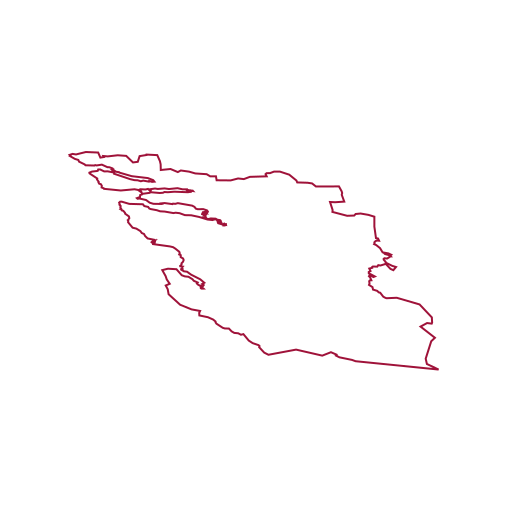 outline of Surnadal nor, Møre og Romsdal, Norway, rotated 17°
{"feature_id": "86288312B76061639437413", "entity_name": "Surnadal nor", "entity_type": "district", "adm_level": 2, "iso_a3": "NOR", "parent_name": "Norway", "parent_adm1": "Møre og Romsdal", "projection": "equal_earth", "projection_center": [8.642, 62.923], "detail": "fine", "context": "isolated", "style": "outline", "palette": "rose", "viewbox_px": 512, "rotation_deg": 17, "n_neighbors": 0, "source": "geoboundaries", "source_scale": "gbopen_adm2", "svg_char_len": 6097}
<svg xmlns="http://www.w3.org/2000/svg" viewBox="0 0 512 512"><g transform="rotate(17 256 256)"><path d="M48.2,213.8L49.2,214.4L48.9,214.8L54.4,216.1L58.0,216.1L59.2,217.5L65.4,218.5L66.4,219.1L75.1,216.7L75.6,216.1L77.1,216.0L81.9,213.7L88.0,214.5L89.8,214.0L93.7,214.2L93.2,214.4L93.8,214.6L93.2,215.3L94.1,215.5L93.6,215.7L93.9,215.8L93.7,216.2L94.6,216.8L101.1,215.8L100.3,216.2L113.8,216.0L129.8,213.1L135.5,213.5L137.1,214.6L134.9,215.5L131.8,215.5L131.8,216.2L126.1,216.9L124.0,218.2L120.7,218.2L117.6,219.0L113.2,219.3L95.4,218.8L96.2,218.6L95.9,217.7L89.4,218.4L86.1,219.5L81.6,218.8L79.8,219.4L79.8,220.7L79.1,221.2L74.5,223.2L72.3,225.0L72.6,225.6L73.7,226.0L81.5,228.3L81.5,229.2L83.9,231.1L83.8,231.6L84.9,232.7L86.7,232.7L88.0,233.9L88.3,235.6L90.7,235.8L91.0,236.2L107.5,232.9L120.3,227.7L123.8,227.3L127.4,228.5L127.6,228.2L127.1,227.7L124.8,227.0L125.8,226.0L130.9,224.7L133.1,223.4L135.9,224.8L136.2,224.2L134.8,223.3L139.7,221.0L142.5,220.6L148.8,218.1L153.2,217.4L161.1,214.1L166.4,213.7L170.2,212.5L170.2,212.9L171.3,212.8L170.9,213.2L171.3,213.6L171.7,213.2L172.9,213.3L172.0,214.0L172.9,213.5L173.0,213.2L176.3,212.0L176.8,212.3L175.1,212.6L172.9,213.7L174.2,213.9L174.5,213.0L174.9,213.6L172.3,214.9L159.1,218.4L153.0,220.8L149.7,221.6L148.6,222.7L145.5,223.9L136.6,225.8L135.8,226.7L130.0,229.4L128.6,229.4L128.9,230.5L127.4,231.6L127.8,233.5L125.2,235.5L126.0,235.9L127.7,235.1L134.5,234.6L138.7,236.1L142.6,236.1L150.6,233.8L150.9,233.6L150.2,233.3L153.1,232.1L161.0,230.8L161.3,230.2L163.6,229.7L165.8,228.3L180.2,226.5L182.8,227.0L184.6,228.3L186.5,228.3L191.9,226.6L195.8,226.7L197.0,227.6L196.9,228.2L194.9,228.4L192.4,229.7L192.4,230.3L193.1,229.4L195.7,228.9L196.0,229.2L195.4,229.3L195.4,229.8L195.5,229.6L195.9,229.8L195.4,229.9L195.7,230.4L194.9,230.5L194.7,231.0L195.9,231.2L195.9,230.5L195.9,231.2L196.4,231.2L193.6,231.7L193.5,231.2L192.8,230.7L193.4,231.7L192.5,231.7L192.3,230.7L192.1,232.2L192.3,231.8L195.4,231.5L195.5,232.3L193.3,232.4L195.6,232.3L197.1,234.1L195.9,234.3L196.9,234.7L199.6,234.6L201.8,233.3L202.4,233.6L201.1,234.4L202.3,234.2L203.2,233.5L201.9,233.3L206.5,232.1L208.5,232.6L211.1,232.2L212.2,232.9L212.5,233.9L213.1,234.1L213.8,234.5L212.6,234.0L212.9,234.4L212.5,234.1L212.0,234.6L212.3,234.1L211.9,234.0L211.5,232.6L209.8,232.9L210.1,233.7L209.5,233.5L209.3,233.9L211.0,234.9L215.6,235.4L216.6,234.7L215.7,234.3L215.4,233.9L216.8,234.7L217.9,234.3L218.1,234.8L217.0,235.0L217.5,235.3L216.2,235.6L216.6,236.1L215.9,236.3L215.8,235.7L210.3,235.7L209.7,235.3L211.7,235.6L209.8,235.2L208.6,233.3L206.6,232.6L204.0,234.2L204.5,234.2L199.0,235.3L190.1,235.3L182.1,236.0L176.1,237.7L170.4,237.4L166.5,238.1L164.5,239.1L155.7,240.2L151.2,241.3L147.7,241.2L141.6,241.9L140.1,241.8L138.5,240.6L134.6,240.9L132.7,239.6L119.6,243.2L111.7,243.3L110.2,243.8L109.5,245.0L110.8,246.7L110.6,247.0L112.0,247.8L112.0,249.1L113.1,250.1L112.7,250.3L112.6,250.6L113.4,250.5L114.2,251.6L115.9,251.6L118.1,253.0L118.5,253.8L122.9,255.3L123.8,256.9L123.6,257.7L124.1,258.0L123.6,257.8L123.1,258.6L122.7,258.5L123.2,258.8L122.9,259.2L123.6,259.9L123.8,261.1L129.7,265.0L133.6,264.8L138.2,266.0L140.0,267.4L142.5,267.7L144.1,269.3L147.2,270.9L153.5,270.3L153.5,270.8L154.4,270.6L153.8,271.2L154.8,271.5L155.1,271.1L155.2,272.5L152.4,272.8L152.1,273.3L154.0,274.2L154.1,274.7L170.9,272.0L174.1,271.8L176.6,272.5L181.4,274.4L182.3,275.7L182.1,277.0L183.8,277.2L184.3,279.1L187.0,279.7L188.0,281.0L187.9,282.8L186.9,284.8L187.3,285.8L186.7,287.4L185.8,288.1L188.9,287.6L188.6,288.2L189.5,289.7L188.3,290.3L188.4,290.9L191.5,291.7L194.7,291.2L199.3,292.8L209.5,294.6L214.4,296.7L212.8,298.4L214.5,299.1L213.8,301.0L214.4,301.2L213.6,301.0L212.7,302.4L213.5,303.0L215.1,302.4L215.3,302.5L213.5,303.1L212.6,302.9L212.2,301.8L212.9,301.1L213.0,300.5L212.7,301.0L212.3,300.4L211.2,300.6L211.8,300.9L209.1,300.4L207.5,299.6L208.0,298.4L203.7,297.9L202.1,296.8L197.5,295.6L193.9,296.3L190.6,296.1L183.8,291.9L175.5,293.9L170.5,296.9L175.5,301.7L177.5,304.5L181.6,307.8L178.3,310.6L181.3,313.6L183.6,318.1L197.7,324.8L210.0,325.9L218.6,324.9L218.3,327.0L219.2,329.4L227.9,328.6L233.6,329.3L236.5,330.5L236.8,331.4L238.0,332.3L245.2,334.4L247.4,334.4L251.3,333.3L254.7,335.2L257.7,335.9L261.6,335.1L264.6,335.7L266.8,334.4L273.8,339.0L278.3,340.3L284.5,340.5L285.7,341.1L285.7,342.3L292.1,346.0L296.8,346.8L321.7,333.8L348.5,331.9L355.8,326.1L362.0,326.8L362.3,327.4L361.9,327.9L365.4,328.5L378.2,327.3L382.0,327.5L463.8,311.2L451.0,309.3L448.3,304.6L448.5,286.3L451.0,281.9L434.0,275.4L439.2,270.1L443.8,269.3L443.9,268.2L442.1,263.3L426.6,254.5L402.8,254.8L393.2,258.2L392.0,258.2L389.6,257.7L385.5,254.8L384.0,254.9L382.1,253.9L377.7,253.9L376.5,251.7L372.5,250.6L372.6,249.1L371.6,247.0L372.0,246.1L373.4,245.5L371.5,243.2L370.1,242.4L370.7,241.6L369.5,240.7L374.4,241.8L375.6,240.8L368.9,239.5L368.5,238.3L369.9,236.9L368.0,234.9L370.6,233.3L370.3,232.6L370.8,231.9L375.1,230.7L375.6,229.0L377.8,228.7L382.4,225.6L388.3,229.0L391.5,229.4L393.1,225.6L389.1,225.6L381.9,224.4L381.7,223.7L379.2,222.2L378.9,221.4L379.5,220.6L382.1,220.1L384.0,218.0L383.9,217.4L385.0,217.0L383.7,216.3L378.8,216.4L378.2,216.1L382.0,215.6L384.5,216.1L385.0,215.3L381.9,214.8L376.0,215.5L372.3,212.2L367.8,210.4L365.5,210.1L365.7,209.4L365.2,208.3L365.9,206.9L367.0,205.9L369.2,205.4L367.6,203.6L365.5,203.8L360.6,193.3L357.7,183.8L351.5,183.8L343.6,184.8L339.0,186.7L338.1,188.6L331.4,190.9L316.2,191.5L315.8,189.6L311.0,182.7L315.8,181.5L324.5,178.2L320.1,172.4L320.0,170.6L319.0,169.1L315.0,165.2L293.0,172.0L288.4,170.2L283.8,170.9L273.9,173.6L272.6,172.0L264.0,168.5L254.1,168.3L248.6,170.0L245.1,172.7L241.9,173.7L241.2,174.9L242.9,176.7L227.0,182.1L221.9,186.0L216.2,187.1L209.7,191.1L196.2,195.1L194.4,191.5L188.9,193.2L184.9,192.2L173.8,194.8L167.3,194.9L159.1,196.2L156.7,198.6L148.8,197.8L139.8,201.6L138.0,196.2L136.4,193.4L132.1,188.4L121.7,191.0L121.8,191.4L115.5,194.5L115.4,200.5L111.0,202.5L102.6,198.2L94.3,200.1L85.1,204.1L80.8,205.0L81.6,205.8L78.4,207.4L74.8,203.2L62.9,206.3L54.2,211.5L50.7,212.0L48.2,213.8Z" fill="none" stroke="#9f1239" stroke-width="2"/></g></svg>